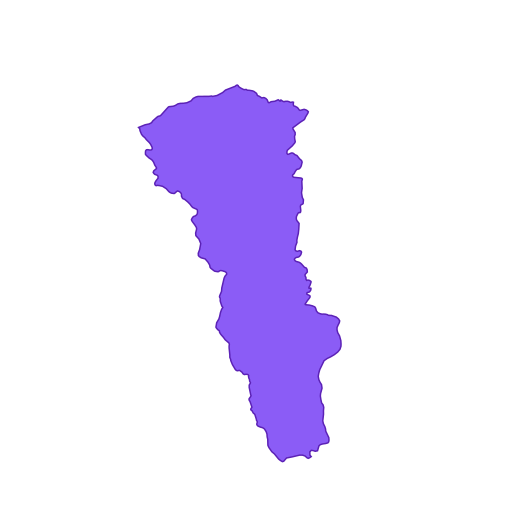 the district of San Benito, Santander, Colombia, rotated 128°
{"feature_id": "7082276B8887229584213", "entity_name": "San Benito", "entity_type": "district", "adm_level": 2, "iso_a3": "COL", "parent_name": "Colombia", "parent_adm1": "Santander", "projection": "mercator", "projection_center": [-73.532, 6.104], "detail": "fine", "context": "isolated", "style": "filled", "palette": "violet", "viewbox_px": 512, "rotation_deg": 128, "n_neighbors": 0, "source": "geoboundaries", "source_scale": "gbopen_adm2", "svg_char_len": 6146}
<svg xmlns="http://www.w3.org/2000/svg" viewBox="0 0 512 512"><g transform="rotate(128 256 256)"><path d="M241.2,407.7L242.9,406.6L244.0,405.6L244.3,404.1L244.6,400.5L244.4,398.6L244.4,396.9L244.7,395.7L245.2,394.3L246.7,391.7L247.7,388.8L248.4,388.3L251.9,389.0L253.4,388.5L253.8,387.5L254.0,386.1L253.3,384.0L253.2,383.1L253.6,382.1L255.1,381.1L258.5,381.1L260.4,380.8L261.5,380.2L262.1,379.3L262.2,378.4L261.9,377.8L261.1,377.3L260.0,375.5L258.6,372.5L258.2,368.1L258.9,364.4L258.9,363.2L258.6,361.5L257.2,359.0L256.6,358.7L253.9,358.2L253.0,357.8L252.4,355.8L252.7,353.7L253.1,352.9L254.8,351.5L255.7,349.6L255.8,348.8L255.3,347.0L255.4,343.1L255.8,340.0L256.6,337.1L256.7,335.5L255.7,331.5L255.8,330.6L257.2,329.3L258.6,328.4L259.9,328.1L261.8,328.5L262.8,329.3L264.1,329.7L265.7,329.6L267.0,329.3L267.6,328.6L268.1,327.3L269.2,323.3L270.1,320.8L270.7,319.9L271.7,319.2L275.1,317.7L277.0,315.9L277.8,311.4L280.2,307.2L285.6,304.4L289.4,303.2L291.1,301.7L291.4,300.4L291.2,298.1L289.6,294.3L290.4,290.1L291.3,287.8L291.7,286.9L293.2,285.2L293.5,284.0L293.5,280.3L293.4,279.2L292.1,276.7L291.3,275.8L290.2,275.6L289.2,274.9L288.4,273.5L287.4,270.8L287.3,269.7L287.5,268.8L288.4,267.9L291.0,268.0L293.1,267.5L302.2,263.3L305.1,261.4L309.5,260.2L310.4,259.8L310.9,259.3L311.3,258.3L311.9,257.7L313.4,256.6L314.1,255.7L316.5,252.1L316.8,250.8L317.1,250.4L319.0,250.3L322.4,249.2L326.1,247.4L328.4,246.5L332.8,245.9L336.7,243.8L337.1,243.0L337.6,240.8L337.5,238.8L338.5,237.8L339.1,236.5L339.6,234.6L340.1,231.8L341.0,228.6L341.2,223.8L341.9,222.7L343.6,221.7L345.2,220.4L350.1,215.7L352.0,214.2L353.1,212.3L354.0,211.4L356.1,207.7L358.1,202.6L358.3,201.2L358.1,200.5L357.8,199.9L356.6,198.9L356.2,198.3L356.2,195.4L356.8,193.7L356.7,192.8L356.6,192.2L355.4,191.1L354.6,189.9L354.4,189.2L354.8,188.1L355.6,187.7L356.6,186.5L357.4,185.0L358.5,184.0L359.3,182.3L359.9,182.1L361.3,182.0L362.0,181.8L363.8,180.4L368.7,174.6L369.1,173.9L370.6,173.6L372.4,173.6L373.1,173.4L374.0,172.3L374.3,171.2L377.6,166.2L378.2,166.0L379.1,166.1L380.1,165.7L380.5,164.9L380.4,163.7L381.4,161.6L381.5,159.6L382.1,158.6L384.3,155.4L385.2,154.4L385.6,153.3L386.1,152.7L387.6,152.1L388.4,151.5L388.8,150.2L388.7,149.3L388.1,147.1L387.3,145.3L387.1,143.9L387.1,142.8L388.2,139.8L389.6,137.7L391.7,135.8L393.2,133.9L397.8,130.1L398.4,129.1L399.1,127.6L400.5,123.0L400.6,119.7L402.1,113.1L402.1,110.9L401.8,108.6L400.7,107.8L396.4,107.6L392.0,103.8L386.0,99.0L384.2,96.6L383.4,94.1L383.6,91.7L383.3,90.3L382.1,89.6L380.1,89.0L379.7,90.9L377.2,93.0L375.1,92.8L374.1,91.1L373.4,89.1L371.6,87.6L366.9,89.5L365.1,89.2L363.1,87.8L360.9,85.7L359.0,84.3L357.7,84.3L356.2,85.1L354.3,86.8L351.1,93.2L349.5,94.7L348.1,96.7L346.7,99.6L344.8,101.9L339.1,105.4L336.5,107.5L333.6,109.4L332.0,111.5L331.4,113.8L329.1,116.6L326.7,119.1L324.7,120.4L319.5,122.6L317.0,125.2L316.0,128.0L314.7,130.4L312.5,132.9L309.7,134.4L306.3,135.8L296.6,137.9L292.9,136.8L289.5,135.1L285.4,133.5L281.4,132.5L277.8,132.4L274.8,133.5L273.0,134.8L270.5,137.0L267.5,141.0L266.1,144.4L264.4,146.6L262.5,148.1L259.8,148.8L257.3,149.3L255.6,150.1L254.8,152.2L254.7,155.1L256.4,160.0L258.1,162.3L258.3,163.7L259.0,165.3L260.2,167.1L261.2,168.2L262.0,170.0L262.6,172.2L262.3,173.7L262.1,174.5L260.4,176.9L259.9,178.4L260.6,181.0L261.8,183.7L263.7,186.7L263.9,187.3L263.5,187.7L259.4,188.0L256.2,188.0L254.9,188.2L254.1,189.2L254.8,192.3L254.0,193.1L253.2,193.1L251.9,192.0L251.1,191.7L249.4,191.8L247.9,192.5L247.6,193.1L248.5,194.0L248.7,194.6L248.1,195.0L245.6,195.5L242.8,196.5L242.2,197.0L242.3,198.8L242.7,199.7L243.0,200.3L244.0,201.0L243.6,202.2L242.1,203.5L241.5,205.0L240.8,205.6L240.4,205.9L239.6,205.9L237.0,205.7L235.3,207.3L234.6,208.7L234.6,209.4L235.1,210.8L234.3,215.1L234.2,216.7L234.4,218.2L235.5,220.9L235.7,222.0L235.2,223.5L234.5,223.9L233.5,223.8L232.4,223.4L230.8,222.0L229.6,221.5L227.3,221.5L224.9,222.5L224.5,223.6L225.0,225.0L226.8,226.2L227.2,227.1L227.4,227.9L227.0,229.1L223.7,231.0L220.1,232.1L218.5,233.5L215.4,235.1L212.4,236.4L208.7,238.7L203.8,242.1L202.9,245.6L202.3,246.7L201.2,247.7L199.8,248.5L196.9,249.1L195.9,249.2L195.1,248.7L194.9,248.1L194.2,247.9L193.4,248.2L192.5,248.8L189.5,251.7L188.5,252.0L187.8,252.0L186.3,251.2L185.6,251.2L182.5,253.2L181.4,255.5L178.7,258.5L177.8,259.3L174.4,261.2L168.8,266.0L167.2,266.6L166.8,266.9L166.6,267.8L167.0,268.8L170.7,274.7L170.8,275.7L170.6,276.3L170.1,276.7L169.4,277.0L168.0,276.7L167.3,276.7L165.5,277.1L163.4,277.2L162.4,277.0L161.0,275.8L160.0,275.5L158.8,275.5L157.2,275.8L153.7,277.4L153.0,278.3L152.7,279.2L152.6,281.5L151.6,285.6L152.2,287.7L152.1,289.1L152.2,290.2L152.7,291.2L153.5,291.8L155.9,293.1L156.4,293.7L156.1,294.8L154.7,295.9L153.3,296.4L146.8,295.2L142.7,295.1L141.7,295.5L139.9,297.6L138.0,299.3L136.2,299.9L134.6,301.2L133.1,305.1L132.3,305.9L123.1,303.4L119.1,302.0L117.8,302.0L116.2,302.5L111.3,303.1L110.1,303.6L109.9,305.1L110.1,306.6L110.8,308.4L114.1,310.9L114.3,311.6L113.5,314.6L113.9,317.3L114.4,318.3L114.2,319.2L113.3,320.2L111.8,321.1L112.0,321.8L113.8,323.5L114.1,325.1L114.7,326.5L116.3,328.4L116.6,328.4L117.3,329.2L117.6,330.3L117.7,332.3L117.9,332.5L118.7,332.1L119.1,332.5L119.3,333.0L119.1,333.8L119.2,334.7L122.4,336.4L124.6,338.6L125.1,339.1L126.8,339.8L127.4,340.6L127.3,341.2L126.1,343.2L125.8,345.2L126.1,346.9L126.6,347.7L127.6,348.5L127.9,348.9L128.1,351.6L128.6,353.4L128.6,353.8L127.5,355.7L127.6,359.1L128.1,360.6L129.6,363.4L130.7,364.9L130.8,366.3L132.1,367.6L132.4,368.2L132.9,370.5L133.2,372.8L133.1,374.3L132.7,374.9L132.8,376.0L133.6,376.6L135.1,376.9L144.0,382.2L147.7,382.9L153.5,385.5L157.0,388.5L157.2,389.4L159.2,391.4L165.9,399.9L167.6,401.2L170.4,402.5L173.8,402.7L177.8,404.8L180.3,407.2L182.4,409.7L184.2,411.2L187.1,412.3L188.9,413.4L191.9,416.5L192.6,416.8L195.0,417.0L203.7,417.6L204.7,417.9L206.2,419.1L207.5,419.5L213.0,420.5L215.2,420.4L216.0,420.7L217.7,421.5L220.9,424.2L227.0,427.7L227.3,426.0L228.7,424.5L230.6,421.1L231.1,419.0L231.2,416.3L231.8,414.1L232.3,409.9L232.8,408.0L234.3,404.8L235.2,403.9L236.2,403.6L237.1,404.0L237.9,405.0L238.8,406.7L239.6,407.6L240.3,407.8L241.2,407.7Z" fill="#8b5cf6" stroke="#5b21b6" stroke-width="1.5"/></g></svg>